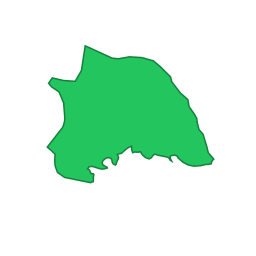 outline of Macenta, rotated 295°
{"feature_id": "GIN-5651", "entity_name": "Macenta", "entity_type": "Prefecture", "adm_level": 1, "iso_a3": "GIN", "parent_name": "Guinea", "parent_adm1": "", "projection": "mercator", "projection_center": [-9.497, 8.422], "detail": "fine", "context": "isolated", "style": "filled", "palette": "green", "viewbox_px": 256, "rotation_deg": 295, "n_neighbors": 0, "source": "natural_earth", "source_scale": "10m", "svg_char_len": 1671}
<svg xmlns="http://www.w3.org/2000/svg" viewBox="0 0 256 256"><g transform="rotate(295 128 128)"><path d="M83.0,126.2L81.2,124.2L79.8,121.8L79.1,119.4L78.3,113.0L77.5,110.7L76.1,108.9L73.8,108.6L73.9,110.3L73.2,111.4L72.3,112.4L71.3,113.6L71.3,114.7L71.8,115.7L71.6,116.6L68.3,117.6L65.8,118.9L64.6,119.2L64.0,118.4L63.4,117.7L62.7,117.4L56.4,91.4L58.0,82.8L62.5,78.3L67.3,75.4L73.4,73.0L75.0,68.4L76.6,62.9L100.5,68.4L102.9,68.4L106.6,67.8L109.8,66.8L123.5,59.1L131.5,50.3L133.0,41.3L135.0,37.1L141.4,38.2L143.8,49.5L148.0,60.4L160.3,61.5L184.4,54.5L184.6,84.0L186.7,90.1L193.1,99.2L197.6,110.6L199.6,122.5L197.2,131.5L194.4,139.2L192.3,145.0L188.3,148.2L181.8,160.9L179.0,170.3L173.2,174.3L170.9,178.3L168.7,182.2L165.6,186.4L162.5,188.2L156.6,193.0L154.1,198.6L144.2,207.5L139.5,211.2L136.0,218.9L133.6,218.1L130.7,218.5L129.0,216.2L127.8,213.9L124.3,209.4L121.2,203.7L119.9,198.1L120.2,192.3L121.9,186.4L122.1,186.0L123.1,184.7L123.4,183.4L123.1,182.0L122.5,180.5L120.9,178.6L119.5,178.5L118.0,179.6L116.4,181.6L116.6,180.0L118.1,177.6L118.3,176.2L115.9,166.3L115.9,164.7L115.4,163.1L114.1,162.4L110.8,161.7L108.9,160.3L108.6,156.6L109.5,152.8L110.8,150.6L111.5,150.0L111.7,149.4L111.5,148.8L110.8,148.2L110.1,146.8L109.5,145.3L108.9,143.9L107.6,142.7L109.1,141.2L109.9,140.5L110.8,140.0L111.4,139.8L113.0,138.8L112.3,138.4L111.4,137.4L109.0,135.7L102.3,132.8L100.5,130.4L99.4,129.6L98.5,130.7L97.8,131.6L96.8,132.1L95.7,132.2L94.6,132.1L92.3,132.2L90.3,132.6L89.1,132.2L89.2,129.8L90.5,128.0L92.3,126.8L93.4,125.2L92.7,122.3L90.9,120.5L88.2,119.2L85.6,119.2L83.9,121.1L83.6,123.9L83.5,125.9L83.0,126.2Z" fill="#22c55e" stroke="#15803d" stroke-width="1.5"/></g></svg>